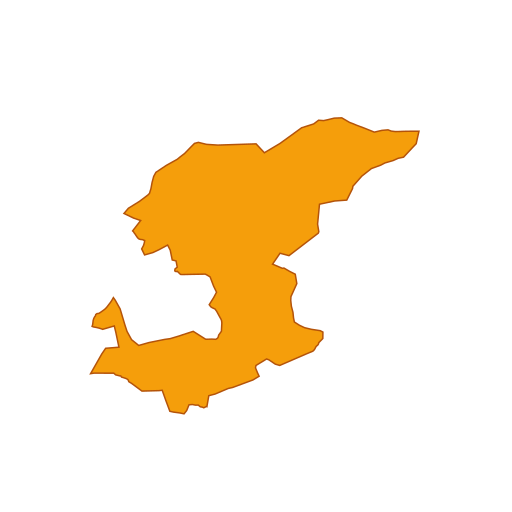 outline of Mani, Katsina, Nigeria, rotated 71°
{"feature_id": "59680162B59976260592487", "entity_name": "Mani", "entity_type": "district", "adm_level": 2, "iso_a3": "NGA", "parent_name": "Nigeria", "parent_adm1": "Katsina", "projection": "equal_earth", "projection_center": [7.952, 12.901], "detail": "fine", "context": "isolated", "style": "filled", "palette": "amber", "viewbox_px": 512, "rotation_deg": 71, "n_neighbors": 0, "source": "geoboundaries", "source_scale": "gbopen_adm2", "svg_char_len": 3096}
<svg xmlns="http://www.w3.org/2000/svg" viewBox="0 0 512 512"><g transform="rotate(71 256 256)"><path d="M202.0,68.0L191.1,61.3L188.2,69.7L186.2,75.8L185.1,79.5L183.7,83.8L181.9,87.5L179.7,90.1L178.2,96.1L177.4,103.8L170.3,112.0L165.2,118.2L162.5,121.2L160.2,124.0L153.3,129.9L151.1,137.2L150.5,143.8L150.0,148.0L148.0,152.6L149.9,158.5L149.6,171.1L156.1,192.4L157.4,196.7L161.1,214.5L150.0,219.4L147.4,227.8L138.7,256.0L134.3,266.5L129.8,273.5L129.5,277.5L132.0,282.6L135.8,290.1L137.5,295.2L138.9,298.9L141.1,311.2L144.3,323.4L147.4,326.8L152.6,330.3L158.1,333.4L162.1,336.3L163.1,338.3L166.4,348.4L169.3,361.1L172.8,367.0L180.3,359.4L184.9,353.5L192.1,364.5L193.3,363.9L194.7,363.6L196.1,363.1L197.8,362.7L198.8,362.4L200.0,362.1L201.4,361.4L201.9,361.0L202.7,359.9L203.3,358.6L203.7,357.8L204.5,357.0L205.1,356.2L207.3,357.4L209.5,359.0L212.1,361.8L218.7,361.0L219.2,352.4L218.5,345.9L216.9,336.0L222.5,335.2L232.5,336.5L234.6,333.2L240.9,334.1L241.9,336.8L242.9,337.3L243.5,337.6L244.2,337.4L244.8,336.4L244.9,335.4L248.8,333.4L249.4,332.1L249.9,330.6L252.4,322.8L256.6,309.9L258.2,308.4L260.8,306.2L270.6,305.9L277.4,305.1L281.5,309.5L286.8,316.1L289.3,315.3L290.7,314.2L292.8,312.0L295.5,311.2L302.1,310.1L304.2,309.7L305.9,309.6L308.2,310.1L315.9,313.2L318.6,317.0L320.7,318.4L321.3,319.5L321.7,321.1L320.2,324.8L318.8,329.3L318.3,330.7L306.8,339.9L306.6,350.8L306.6,354.3L306.2,364.0L305.1,369.7L303.0,385.3L302.4,396.0L294.6,400.9L285.3,402.5L278.5,402.4L261.8,401.7L251.9,403.5L248.9,404.4L251.1,406.9L252.4,408.6L254.0,411.0L255.6,413.4L256.6,415.2L257.0,416.1L257.6,417.8L258.1,419.5L258.4,420.5L259.1,423.1L258.7,425.2L259.2,426.6L260.4,427.4L261.0,428.4L262.2,429.7L264.0,431.0L265.9,431.9L267.7,432.8L269.2,433.9L270.2,432.7L271.6,430.2L273.0,428.0L274.6,425.8L275.4,424.9L276.0,412.8L282.6,413.4L297.6,415.3L294.3,428.2L298.4,433.7L313.4,450.7L314.0,447.3L320.5,428.6L321.6,428.0L322.7,427.4L325.1,423.7L325.1,423.3L325.2,423.1L325.4,422.9L325.6,422.8L326.0,422.7L326.7,422.6L327.8,421.0L329.6,418.7L330.8,417.6L331.8,417.2L333.4,417.2L336.1,415.0L346.6,407.8L351.2,393.2L351.7,391.7L352.4,388.4L363.1,388.3L374.8,388.0L376.7,384.9L379.5,379.3L381.8,375.4L379.6,371.9L374.9,367.8L375.7,364.5L377.3,361.8L378.2,359.1L380.4,357.8L381.6,355.7L382.4,355.0L382.5,354.4L382.1,352.0L382.5,351.5L372.7,346.1L373.2,339.6L372.2,325.3L372.7,320.9L372.3,303.2L372.2,299.2L370.7,292.2L366.8,292.6L361.6,292.9L360.4,292.2L359.5,291.7L356.8,279.5L358.4,277.6L364.5,273.0L367.2,269.2L365.0,240.9L364.5,233.3L364.1,232.2L363.1,230.7L362.1,229.7L361.1,228.6L360.2,226.4L359.4,225.5L358.4,224.9L355.8,219.7L349.7,217.5L347.5,219.6L343.3,227.6L339.6,233.4L335.6,237.5L330.9,241.2L326.9,240.7L321.3,239.4L315.0,238.9L309.3,237.6L305.8,236.2L295.4,226.4L286.0,224.8L281.6,229.1L276.5,233.5L276.2,235.1L269.1,243.0L261.2,232.4L266.4,224.7L254.7,189.7L253.5,188.7L245.9,187.4L227.7,179.1L229.6,163.7L232.7,152.0L223.7,142.8L221.6,141.7L214.9,129.9L210.9,118.4L210.7,108.4L210.0,103.8L210.4,95.3L209.9,89.7L210.6,84.3L205.0,73.8L202.0,68.0Z" fill="#f59e0b" stroke="#b45309" stroke-width="1.5"/></g></svg>